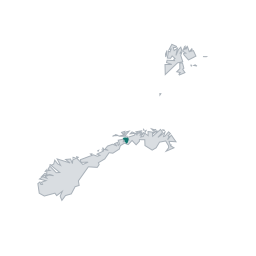 location of Ballangen nor, Nordland, Norway, rotated 31°
{"feature_id": "86288312B95710758455481", "entity_name": "Ballangen nor", "entity_type": "district", "adm_level": 2, "iso_a3": "NOR", "parent_name": "Norway", "parent_adm1": "Nordland", "projection": "orthographic", "projection_center": [16.618, 68.237], "detail": "fine", "context": "in_parent", "style": "filled", "palette": "teal", "viewbox_px": 256, "rotation_deg": 31, "n_neighbors": 0, "source": "geoboundaries", "source_scale": "gbopen_adm2", "svg_char_len": 5119}
<svg xmlns="http://www.w3.org/2000/svg" viewBox="0 0 256 256"><g transform="rotate(31 128 128)"><path d="M148.4,129.4L143.8,132.1L144.6,133.6L143.6,138.2L137.9,136.6L136.7,142.1L132.8,142.8L130.5,147.1L131.4,150.5L128.0,157.4L124.5,158.9L124.0,166.5L120.5,173.0L122.1,174.2L121.9,177.6L114.0,181.7L112.7,198.9L115.7,202.4L112.9,205.5L113.3,213.7L109.2,218.1L108.6,224.1L105.0,221.4L104.3,216.1L101.7,222.7L98.9,221.5L91.3,229.4L85.5,229.6L79.4,222.1L80.3,219.6L82.4,221.3L83.8,220.4L81.7,219.1L84.8,215.4L78.4,217.3L79.9,213.7L84.3,212.9L82.1,212.1L84.5,209.1L88.8,207.2L84.8,208.1L79.1,213.6L80.1,209.7L82.3,209.7L80.4,206.4L83.0,204.6L80.6,204.7L80.8,201.0L89.5,203.3L92.4,201.3L81.4,199.7L82.9,197.2L81.8,193.3L86.3,195.0L89.5,194.8L83.2,191.0L96.4,187.8L90.7,187.1L94.7,184.2L98.7,187.1L97.1,183.9L99.4,180.2L108.1,182.5L111.4,177.8L105.3,181.7L103.5,179.7L112.2,168.8L116.3,168.0L118.0,165.9L114.9,166.3L118.8,160.3L117.9,158.9L122.6,157.3L119.2,157.8L119.8,154.0L123.2,149.8L127.9,149.1L124.5,148.4L126.4,145.7L128.6,147.8L129.0,146.2L125.9,143.5L130.1,139.7L131.2,142.9L130.8,138.9L135.4,137.9L131.9,136.9L137.1,131.1L137.5,128.2L139.5,129.6L138.7,128.0L142.0,124.9L142.0,128.5L143.9,123.5L143.6,129.1L145.5,127.4L144.9,123.8L149.2,124.2L147.0,120.7L151.0,119.0L153.4,122.4L156.6,112.5L159.8,113.8L158.5,120.6L161.9,112.6L162.9,117.1L163.9,116.0L164.8,110.4L167.3,111.0L166.4,114.0L167.5,113.9L168.0,117.7L168.8,111.8L176.2,115.1L170.0,118.3L173.6,121.3L177.6,121.3L172.6,128.3L173.0,124.0L172.0,122.4L167.0,119.7L162.3,123.9L162.3,130.5L160.1,134.5L151.6,134.3L148.4,129.4ZM131.6,31.5L134.2,33.8L134.0,37.5L135.2,35.5L135.8,38.6L140.8,43.0L136.9,46.6L132.4,63.0L127.0,54.5L132.8,51.0L127.3,52.1L126.6,49.7L133.2,46.3L131.9,45.5L132.5,44.1L128.7,43.5L128.6,46.3L125.7,47.8L123.0,41.1L124.8,41.2L124.3,38.1L122.8,39.4L122.5,33.7L127.5,33.1L127.8,34.0L125.4,35.7L127.7,37.9L129.3,34.1L131.7,41.2L130.9,34.6L131.6,31.5ZM137.0,27.6L141.2,31.1L141.9,27.2L142.5,27.6L142.4,29.8L144.2,28.0L149.2,31.4L144.8,38.5L138.1,36.4L137.3,35.6L139.0,34.0L135.7,34.1L134.9,32.6L135.8,31.6L134.3,30.7L136.5,30.8L136.2,28.9L137.1,29.8L137.0,27.6ZM141.3,44.3L145.1,48.0L144.6,49.5L148.3,51.2L144.7,56.1L144.0,55.8L144.2,53.6L140.8,54.7L141.9,50.4L138.9,45.6L141.3,44.3ZM129.3,136.6L132.0,135.2L124.1,139.9L128.2,136.1L128.5,132.2L130.6,130.1L129.3,136.6ZM133.5,129.3L136.9,128.9L132.8,132.0L133.5,129.3ZM136.9,127.0L141.6,123.0L139.2,127.1L136.9,127.0ZM121.5,41.4L123.4,45.8L123.8,47.7L122.1,45.4L121.5,41.4ZM127.0,132.5L127.5,136.1L124.7,135.1L127.0,132.5ZM152.8,114.7L151.2,117.4L148.6,116.6L151.5,115.9L152.8,114.7ZM153.4,116.5L152.8,119.5L151.7,118.9L153.4,116.5ZM120.8,140.0L123.7,139.4L120.5,141.5L120.8,140.0ZM158.4,26.6L155.5,28.2L158.5,26.4L158.4,26.6ZM153.0,39.3L155.2,39.4L152.2,40.5L153.0,39.3ZM158.2,112.0L159.9,111.1L160.6,111.6L158.2,112.0ZM154.5,115.6L154.3,117.2L153.6,115.9L154.5,115.6ZM144.8,120.9L144.9,122.5L144.1,121.9L144.8,120.9ZM138.5,81.7L138.4,83.3L137.6,82.1L138.5,81.7ZM150.9,42.2L149.9,42.2L149.7,41.6L150.9,42.2ZM110.4,168.7L110.9,170.0L109.2,169.6L110.4,168.7ZM141.5,120.7L142.5,121.3L143.1,122.1L141.5,120.7ZM134.8,28.7L135.2,29.7L134.6,29.4L134.8,28.7ZM100.3,179.3L98.3,179.2L100.5,178.7L100.3,179.3ZM97.2,181.1L96.3,182.1L96.0,181.4L97.2,181.1ZM120.0,141.9L119.0,143.1L120.2,141.0L120.0,141.9ZM79.9,206.8L79.3,208.5L79.6,206.2L79.9,206.8ZM117.1,159.1L116.8,158.0L117.3,158.1L117.1,159.1ZM173.7,119.8L173.8,121.1L173.6,120.9L173.7,119.8ZM117.6,160.1L116.5,160.3L117.8,159.9L117.6,160.1ZM114.3,162.3L114.3,163.3L113.8,162.9L114.3,162.3ZM80.6,199.4L79.9,200.4L80.2,199.5L80.6,199.4Z" fill="#d9dde1" stroke="#a8b0b8" stroke-width="1"/><path d="M133.7,138.3L133.6,138.5L133.4,138.5L133.2,138.6L133.2,138.4L133.1,138.2L132.9,138.2L132.7,138.1L132.8,138.0L132.7,138.0L132.7,137.9L132.5,138.0L132.4,138.0L132.3,137.9L132.2,137.9L132.2,138.0L132.2,137.9L132.1,138.0L131.9,138.0L131.7,138.1L131.5,138.3L131.4,138.3L131.2,138.4L131.0,138.5L131.2,138.4L131.2,138.5L131.1,138.8L131.2,138.7L131.3,138.7L131.3,138.8L131.5,138.9L131.4,138.9L131.5,139.0L131.6,138.9L131.6,139.0L131.6,138.9L131.6,139.0L131.8,139.1L132.0,139.1L131.9,139.1L132.0,139.1L132.2,139.3L132.3,139.3L132.2,139.4L132.2,139.5L132.3,139.6L132.3,139.8L132.5,140.0L132.9,140.4L132.6,140.4L132.5,140.2L132.4,140.1L132.2,140.0L132.2,139.9L132.2,139.7L132.0,139.3L131.9,139.3L131.9,139.2L131.7,139.2L131.4,139.0L131.4,138.9L131.3,139.0L131.2,139.0L131.3,139.0L131.2,138.9L131.0,139.0L131.0,138.9L130.9,138.9L131.0,138.8L130.9,138.7L130.9,138.8L130.7,138.8L130.7,139.0L130.8,139.2L131.0,139.1L131.1,139.3L131.3,139.3L131.6,139.5L131.8,139.5L132.0,139.7L132.0,139.9L132.1,140.1L132.3,140.1L132.4,140.3L132.4,140.6L132.7,140.6L132.8,140.7L133.0,140.6L133.3,140.6L133.4,140.8L133.5,140.8L133.8,141.0L134.1,141.2L134.2,141.3L134.4,140.9L134.5,140.7L134.3,140.5L134.3,140.4L134.3,140.2L134.2,139.9L134.3,139.7L134.3,139.4L134.2,139.3L134.2,139.2L134.1,138.9L133.9,138.8L133.8,138.7L133.7,138.3ZM130.7,138.5L130.4,138.5L130.2,138.7L130.3,138.7L130.3,138.8L130.4,138.7L130.7,138.7L130.7,138.5Z" fill="#14b8a6" stroke="#0f766e" stroke-width="1.5"/></g></svg>